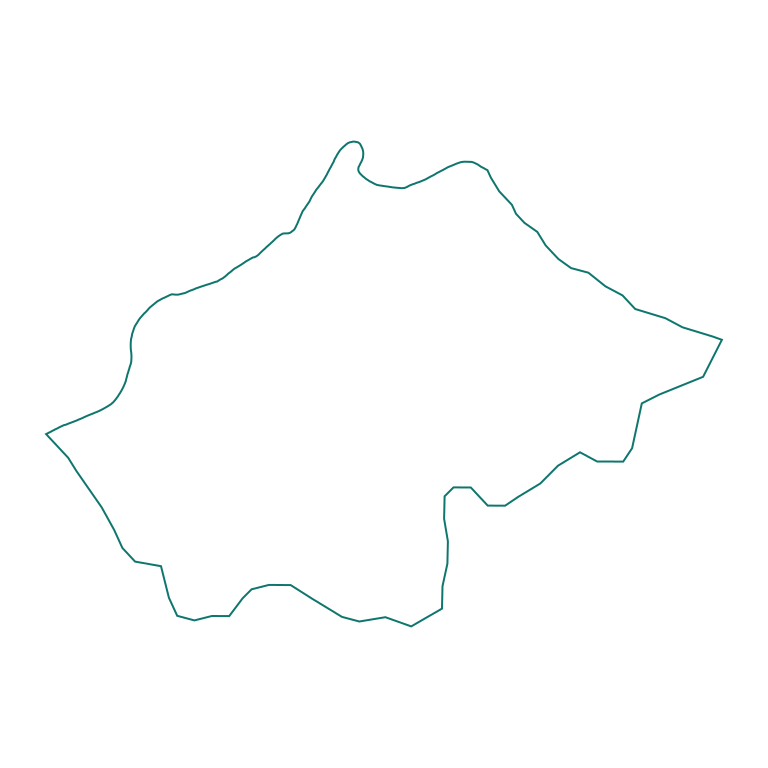 the district of Sakju, P'yŏngan-bukto, North Korea
{"feature_id": "82179303B80718033581165", "entity_name": "Sakju", "entity_type": "district", "adm_level": 2, "iso_a3": "PRK", "parent_name": "North Korea", "parent_adm1": "P'yŏngan-bukto", "projection": "robinson", "projection_center": [124.843, 40.331], "detail": "fine", "context": "isolated", "style": "outline", "palette": "teal", "viewbox_px": 768, "rotation_deg": 0, "n_neighbors": 0, "source": "geoboundaries", "source_scale": "gbopen_adm2", "svg_char_len": 6087}
<svg xmlns="http://www.w3.org/2000/svg" viewBox="0 0 768 768"><path d="M487.4,170.1L486.5,169.7L485.2,169.0L483.9,168.2L482.5,167.5L481.1,166.8L480.2,166.2L479.4,165.6L478.4,164.9L477.4,164.3L475.9,163.6L474.7,163.0L473.5,162.5L472.5,162.1L471.3,161.9L469.8,161.9L468.7,161.8L467.1,161.8L465.7,161.7L463.1,161.8L461.9,162.0L460.6,162.2L459.5,162.6L455.8,163.9L454.6,164.5L453.3,165.0L451.9,165.6L449.6,166.5L448.5,167.0L447.5,167.4L446.2,168.2L444.7,169.0L443.6,169.6L442.1,170.4L440.9,171.0L439.6,171.7L438.4,172.3L437.2,172.9L435.9,173.7L434.5,174.6L432.8,175.5L430.5,176.6L429.7,177.1L428.5,177.7L425.9,179.2L424.6,179.8L423.3,180.3L422.0,180.9L420.7,181.4L419.3,182.0L416.7,182.8L415.5,183.3L414.3,183.8L413.1,184.1L409.6,185.5L408.3,186.2L407.1,186.9L405.7,187.5L404.3,188.0L402.8,188.1L401.4,188.2L399.8,188.0L397.1,187.8L392.1,187.3L390.5,187.0L387.9,186.6L386.5,186.4L384.8,186.2L382.9,185.9L381.6,185.7L380.1,185.5L378.5,185.2L377.2,185.0L375.8,184.4L374.1,183.6L372.6,182.8L371.4,182.1L369.9,181.4L368.6,180.6L367.5,179.8L366.5,179.2L365.4,178.4L364.3,177.4L363.2,176.6L362.2,175.7L361.3,174.8L360.3,173.8L359.6,173.0L359.1,172.2L358.6,171.2L358.3,170.1L358.3,168.7L358.5,167.3L359.5,165.4L360.0,164.3L360.5,163.2L361.3,161.9L361.8,160.7L362.2,159.8L362.6,158.7L362.9,157.7L363.1,156.4L363.2,155.0L363.3,153.7L363.2,152.4L363.1,151.3L362.8,150.1L362.5,148.9L361.6,147.0L361.1,145.9L360.6,144.9L360.0,143.9L359.3,143.2L358.3,142.5L357.5,142.2L356.5,142.0L354.1,141.6L353.0,141.6L351.9,141.9L350.8,142.1L350.0,142.3L349.1,142.6L348.1,143.0L347.4,143.5L345.8,144.7L345.1,145.4L344.3,146.1L343.4,146.8L342.6,147.7L341.8,148.4L341.1,149.1L340.3,150.0L339.5,151.0L338.8,152.1L337.2,154.6L336.6,155.7L336.0,156.9L335.3,158.0L334.6,159.3L334.1,160.5L333.5,162.1L332.7,163.4L332.0,164.7L331.2,166.2L330.7,167.3L330.1,168.2L329.4,169.5L328.7,170.9L327.9,172.3L327.3,173.6L326.6,175.0L325.8,176.3L325.1,177.6L324.3,178.9L323.6,180.1L322.8,181.4L322.0,182.5L321.0,183.6L320.3,184.6L319.6,185.5L318.8,186.6L317.9,187.8L317.0,188.8L316.3,189.7L315.6,190.8L314.8,192.1L313.4,194.3L312.6,195.4L311.9,196.5L311.2,197.8L310.6,199.0L310.1,200.1L309.5,201.4L308.7,202.6L307.9,203.7L307.0,205.0L305.6,207.1L304.8,208.4L303.6,209.9L302.6,211.3L302.1,212.5L301.5,213.8L301.0,215.0L300.3,216.5L299.8,217.8L299.2,219.2L298.5,220.8L297.6,223.0L297.2,224.0L296.2,225.9L295.7,227.1L295.1,228.1L294.6,229.1L294.0,229.8L293.2,230.5L292.5,231.0L291.7,231.6L291.1,232.1L290.4,232.6L289.7,232.9L289.0,233.1L288.2,233.3L286.1,233.4L284.7,233.4L283.5,233.5L282.5,233.7L281.7,234.2L279.7,235.4L278.7,236.1L277.6,236.9L276.7,237.7L275.4,238.8L274.4,239.9L273.4,240.8L272.3,241.9L271.1,242.9L270.0,244.0L268.7,245.1L267.6,246.1L266.3,247.2L265.3,248.3L263.1,250.2L260.7,252.5L259.6,253.6L258.3,254.9L257.1,255.8L256.0,256.5L255.0,257.0L254.1,257.3L253.1,257.4L251.9,258.0L250.7,258.7L249.3,259.5L248.3,260.1L247.0,260.8L245.8,261.5L244.7,262.3L243.5,263.1L242.2,264.0L239.7,265.6L238.5,266.3L237.2,267.1L236.0,267.8L235.0,268.3L232.9,269.9L232.1,270.6L230.2,272.2L229.2,272.9L228.4,273.5L227.7,274.1L227.0,274.9L226.0,275.7L225.0,276.6L224.0,277.3L223.0,278.1L222.0,278.7L220.8,279.3L219.6,279.9L218.6,280.6L217.2,281.5L216.2,281.7L214.9,282.0L213.4,282.6L211.5,283.2L209.7,283.9L207.9,284.4L206.0,285.0L204.1,285.6L202.7,286.1L201.1,286.6L199.4,287.2L197.4,287.9L196.1,288.3L194.5,289.1L192.6,289.8L190.9,290.4L189.4,291.0L187.9,291.7L186.6,292.3L184.8,293.1L183.2,293.4L180.5,294.1L179.2,294.4L178.2,294.6L177.1,294.7L176.1,294.7L175.1,294.6L173.1,294.4L172.5,294.3L171.9,294.3L170.4,294.8L169.3,295.3L168.1,295.9L167.5,296.2L164.6,297.6L162.9,298.3L161.6,299.0L160.1,299.8L158.9,300.5L157.9,301.0L156.9,301.7L155.8,302.6L154.8,303.4L154.0,304.1L153.0,304.9L152.1,305.6L151.3,306.3L150.3,307.1L149.4,308.0L148.6,308.8L147.8,309.8L147.1,310.6L146.2,311.5L145.3,312.5L144.3,313.3L143.5,314.2L142.8,315.0L142.1,315.8L141.4,316.6L140.6,317.5L139.9,318.3L139.3,319.2L138.5,320.3L138.0,321.2L137.3,322.3L137.0,323.0L136.3,323.8L135.7,324.9L134.9,326.1L134.5,327.1L134.1,328.1L133.7,329.2L133.3,330.6L132.9,331.8L132.4,333.1L132.1,334.4L131.8,336.1L131.6,337.1L131.2,338.4L131.0,339.6L130.9,340.8L130.8,342.2L130.7,343.8L130.7,345.6L130.7,347.3L130.8,348.9L130.9,350.4L131.1,351.5L131.3,353.1L131.4,354.9L131.5,357.1L131.4,358.8L131.3,360.6L131.2,361.8L131.1,362.5L130.5,364.7L129.7,366.9L129.5,367.8L129.3,368.5L129.1,369.2L128.7,370.4L128.0,372.8L127.6,373.8L127.3,374.8L127.1,375.9L126.8,377.0L126.5,378.1L126.2,379.2L125.9,380.6L125.6,381.5L125.3,382.4L124.8,383.6L124.4,384.6L124.0,385.6L123.6,386.3L123.3,387.1L122.8,388.1L122.3,389.0L121.3,390.9L120.3,392.5L119.9,393.3L119.2,394.2L118.6,395.2L118.1,396.1L117.4,397.0L116.2,398.7L115.5,399.5L114.9,400.4L114.3,401.0L113.6,401.8L112.9,402.6L112.2,403.1L111.5,403.7L110.6,404.5L109.7,405.0L108.8,405.6L106.7,406.9L105.6,407.5L104.6,408.1L103.5,408.7L102.6,409.2L101.6,409.7L100.5,410.3L99.4,410.8L98.6,411.2L96.2,412.2L95.1,412.6L92.3,413.8L89.4,414.9L88.3,415.4L87.0,415.9L83.7,417.4L82.7,417.9L80.4,418.9L79.1,419.4L77.9,419.9L76.7,420.5L74.3,421.4L72.8,422.0L71.2,422.6L69.8,423.1L68.5,423.6L67.3,424.1L66.4,424.5L65.5,424.8L64.5,425.0L63.5,425.3L62.1,426.0L61.0,426.5L60.1,426.9L59.1,427.4L58.0,428.0L57.0,428.6L55.1,429.4L54.1,430.0L52.6,430.7L51.4,431.4L50.1,432.1L48.8,432.7L47.5,433.4L46.1,434.1L68.2,457.8L76.6,471.3L101.7,507.4L114.2,530.0L122.4,548.0L135.1,561.6L161.0,566.2L168.9,597.7L177.2,615.8L194.4,620.4L211.9,616.0L229.2,616.1L242.7,598.2L251.6,589.3L269.0,584.9L290.7,585.1L312.1,598.7L342.0,616.9L359.3,621.5L385.4,617.2L411.2,626.4L442.0,608.6L442.5,586.2L447.4,563.7L447.9,541.3L444.1,518.8L444.6,496.3L453.5,487.4L470.8,487.5L487.7,505.6L505.1,505.7L518.3,496.8L540.3,483.5L558.0,465.7L580.0,452.3L597.1,461.5L623.2,461.6L632.1,448.2L641.8,403.4L659.4,394.5L703.1,376.8L721.9,339.8L712.6,336.5L682.5,327.3L665.4,318.2L635.2,309.0L622.5,295.4L605.4,286.3L588.4,272.7L571.1,268.1L558.4,259.0L545.7,245.5L537.3,231.9L524.5,222.9L516.0,213.8L511.9,204.8L499.2,191.3L490.9,177.7L487.4,170.1Z" fill="none" stroke="#0f766e" stroke-width="2"/></svg>